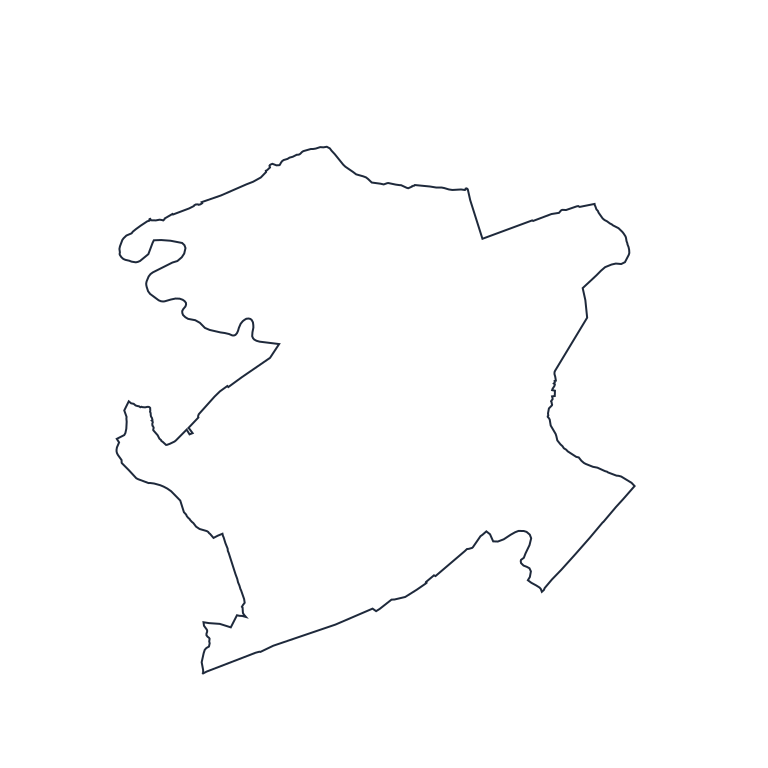 Dolhasca, Suceava, Romania, rotated 162°
{"feature_id": "2599482B12966285946055", "entity_name": "Dolhasca", "entity_type": "district", "adm_level": 2, "iso_a3": "ROU", "parent_name": "Romania", "parent_adm1": "Suceava", "projection": "equal_earth", "projection_center": [26.629, 47.417], "detail": "fine", "context": "isolated", "style": "outline", "palette": "slate", "viewbox_px": 768, "rotation_deg": 162, "n_neighbors": 0, "source": "geoboundaries", "source_scale": "gbopen_adm2", "svg_char_len": 6166}
<svg xmlns="http://www.w3.org/2000/svg" viewBox="0 0 768 768"><g transform="rotate(162 384 384)"><path d="M177.2,209.5L179.1,213.5L187.0,222.7L189.3,224.2L191.2,225.0L198.3,230.7L198.9,231.6L200.8,232.9L206.9,238.5L210.9,240.7L216.9,245.7L218.3,247.2L220.0,250.0L221.5,254.0L223.7,255.3L230.1,263.2L231.0,265.2L232.8,267.3L233.5,269.8L234.8,272.0L236.6,276.8L236.2,281.2L236.2,283.5L238.3,293.0L237.4,298.9L237.7,300.5L238.4,302.0L238.3,302.7L237.5,303.2L237.1,305.4L234.7,309.8L230.9,311.8L230.5,312.4L230.5,313.5L230.2,315.0L230.5,315.7L230.2,316.2L228.4,317.4L228.1,318.3L228.0,320.3L225.3,319.8L223.5,324.8L226.0,326.2L225.1,327.4L222.7,329.3L221.7,330.6L221.6,330.9L222.4,332.0L221.1,332.7L220.8,334.2L219.5,334.1L218.9,338.0L218.8,340.8L218.1,342.7L217.1,343.8L170.3,384.3L166.6,401.5L165.4,413.8L148.4,421.7L142.6,424.7L137.6,426.8L130.7,427.3L126.3,426.9L121.3,424.8L117.2,425.4L111.3,431.2L110.2,432.8L109.4,435.8L109.1,438.7L109.3,441.5L109.1,442.6L109.2,444.9L108.7,448.2L108.7,449.7L109.6,453.1L110.3,455.0L112.8,459.7L117.3,464.2L118.1,465.5L119.4,466.7L121.7,469.9L123.6,471.8L124.9,473.9L127.0,480.7L127.1,482.5L128.0,484.4L128.1,487.9L128.3,488.7L128.1,490.2L142.7,491.9L143.4,492.1L144.3,493.2L145.9,493.4L157.1,493.2L160.5,494.5L161.4,494.5L162.1,494.3L164.7,492.7L172.2,493.9L191.8,493.0L192.5,493.8L245.5,491.7L245.2,532.2L244.2,542.9L244.4,543.9L245.2,544.6L246.0,544.6L246.4,543.7L247.1,543.5L250.6,545.2L259.0,547.4L262.2,549.0L266.1,551.7L268.6,553.1L273.6,554.7L279.2,557.6L293.2,563.7L294.0,563.3L295.1,563.5L295.9,563.2L296.2,563.4L297.3,563.0L300.5,562.7L301.8,563.6L306.3,567.8L307.7,568.3L311.2,570.0L317.8,573.8L318.9,574.0L322.6,573.9L325.5,575.6L333.4,579.4L335.8,583.9L337.3,586.1L339.7,588.0L345.7,592.0L347.9,595.2L353.6,602.6L355.0,605.2L359.8,617.8L361.8,622.1L362.7,624.8L365.1,627.3L368.5,627.8L371.5,629.0L376.2,629.0L378.7,629.4L380.9,630.1L388.8,630.4L390.5,629.9L392.3,628.9L393.5,628.5L394.9,628.6L396.1,629.0L400.6,628.3L403.9,628.5L406.2,627.9L410.3,628.0L412.1,627.4L413.5,626.4L415.4,624.6L416.1,624.5L418.7,625.2L422.1,627.9L423.7,627.8L424.8,627.5L425.5,626.9L425.5,625.2L429.3,623.4L430.5,623.3L430.7,622.0L437.3,618.5L446.0,616.8L453.1,616.4L480.8,613.7L501.3,613.3L501.1,612.1L503.1,611.6L504.9,611.7L505.4,612.3L507.5,612.9L509.2,612.6L509.9,612.0L515.1,611.2L532.3,610.4L532.6,611.1L541.4,609.2L542.0,608.4L543.5,607.8L544.2,608.4L546.6,609.6L550.4,610.1L555.0,611.7L555.3,613.3L556.0,613.3L557.0,611.8L558.8,611.9L566.4,609.8L572.2,607.9L575.8,606.5L577.5,605.3L583.1,604.8L586.6,603.1L588.3,601.9L592.6,596.5L593.9,594.2L594.5,590.8L595.3,589.3L595.3,588.3L594.6,585.8L593.3,583.5L591.6,582.0L588.1,579.9L586.3,578.4L582.4,576.4L580.3,576.2L578.0,576.4L568.0,580.3L560.5,589.7L558.5,591.8L551.5,589.8L542.7,586.2L532.4,580.5L530.9,577.7L530.8,574.6L533.7,569.8L537.2,567.0L542.5,564.8L547.7,564.9L569.3,561.6L572.1,560.7L574.6,559.0L578.1,554.9L579.1,553.1L579.5,551.6L579.7,549.7L579.7,545.1L578.6,541.9L572.4,533.2L570.5,531.6L568.5,530.7L567.0,530.4L560.6,530.2L555.9,529.7L552.0,528.3L549.4,526.3L548.0,524.4L547.3,522.4L547.7,520.7L548.9,519.1L551.9,517.2L553.4,515.7L553.9,513.7L553.8,511.7L552.3,508.9L550.2,506.5L543.8,503.0L540.2,499.1L537.0,492.7L533.1,489.3L523.6,483.6L519.7,481.7L515.9,479.4L513.3,477.1L511.7,476.5L510.1,476.6L508.1,477.8L506.3,479.8L504.7,482.2L501.7,485.6L498.9,487.4L496.9,488.1L494.8,488.6L492.5,488.1L490.9,487.1L490.0,485.6L489.6,483.1L490.1,480.4L490.8,478.0L493.1,473.9L494.6,470.2L494.4,468.0L493.7,466.4L491.9,464.5L489.2,462.7L471.4,454.4L484.3,444.1L517.1,434.4L533.0,429.2L533.6,430.5L542.3,427.7L549.0,424.4L569.5,412.5L570.6,411.1L571.0,410.0L570.9,409.5L583.6,402.6L582.8,401.2L581.2,396.4L584.5,396.2L585.8,401.6L599.4,394.6L601.0,394.0L606.2,393.3L609.1,393.2L610.1,393.4L612.3,397.3L613.3,398.6L613.4,399.6L614.5,401.4L615.1,405.2L617.7,411.3L617.5,412.1L616.6,413.5L616.7,415.1L617.1,415.9L616.7,417.7L615.7,419.1L615.7,420.3L616.2,421.0L615.3,421.4L615.2,423.4L615.6,425.0L615.5,426.3L614.9,428.5L615.1,429.9L614.6,430.6L613.8,433.5L614.3,434.5L615.0,435.0L616.1,435.4L618.4,435.6L621.0,436.7L621.7,437.3L622.9,437.2L623.9,438.5L625.4,439.3L626.9,440.4L628.2,442.5L630.5,443.8L632.1,446.4L639.2,439.1L639.0,432.3L639.7,430.6L640.4,427.6L642.9,421.1L645.1,417.3L646.8,415.7L655.1,414.4L654.0,410.3L657.6,406.2L658.7,404.1L659.2,402.4L659.3,400.7L659.0,398.8L657.1,392.8L657.8,390.3L657.8,389.8L653.3,380.9L648.7,370.9L647.2,369.4L638.5,362.5L637.2,362.2L633.4,360.4L628.1,356.9L625.3,354.5L622.4,351.5L619.6,347.8L613.8,336.1L613.9,323.9L612.5,320.9L612.5,320.0L612.3,319.1L611.7,317.5L610.6,315.6L610.4,314.6L609.3,312.2L608.3,310.7L606.8,306.4L604.2,303.1L598.0,298.9L596.9,297.6L596.4,296.1L595.8,295.3L593.7,290.3L589.0,291.1L583.9,291.5L584.1,289.2L583.9,287.8L584.0,281.6L583.6,275.7L584.1,273.6L583.9,271.4L584.0,249.1L583.8,244.0L584.1,240.5L583.8,237.0L583.9,233.0L583.7,232.2L583.5,222.7L584.1,219.0L586.3,217.5L588.0,216.0L587.6,215.0L588.7,210.8L588.9,209.5L588.4,207.7L587.3,205.1L590.5,207.2L593.3,208.3L595.3,209.5L604.9,199.9L614.3,206.6L624.4,210.7L629.3,213.2L629.9,209.7L628.4,205.1L628.4,204.0L628.8,203.0L630.0,201.4L630.5,199.9L629.9,198.2L628.8,196.6L628.6,195.6L629.8,193.1L629.9,191.3L631.6,188.4L634.5,187.8L636.6,186.6L638.7,183.7L643.4,175.7L644.4,167.9L645.2,165.3L646.3,164.5L641.5,165.3L589.2,168.1L585.3,167.9L584.3,167.4L570.2,169.3L504.5,170.2L464.3,173.9L461.7,170.4L457.7,171.4L443.5,176.6L440.6,175.8L429.7,174.9L416.5,178.2L406.1,181.3L405.1,181.7L405.5,182.4L405.3,182.7L395.6,186.6L394.4,185.4L358.8,200.1L356.1,201.4L354.2,201.0L350.8,200.9L349.9,201.3L339.2,209.5L337.1,210.1L332.2,212.2L329.6,208.3L328.8,200.6L324.4,199.0L318.1,199.3L310.1,201.5L305.1,202.5L301.5,202.7L296.5,201.0L294.1,199.3L291.9,195.7L291.7,191.8L295.4,185.8L301.8,179.1L304.7,175.5L308.0,174.4L308.7,173.3L309.0,171.3L307.4,168.2L304.7,166.0L302.6,163.8L302.2,160.4L304.9,155.4L307.8,152.9L305.3,149.4L301.5,145.4L299.0,142.4L298.2,140.6L298.1,137.6L295.6,138.7L294.2,140.3L284.7,146.2L272.8,152.5L254.6,163.0L235.9,174.1L218.6,184.9L218.2,184.9L201.3,195.4L192.3,200.5L177.2,209.5Z" fill="none" stroke="#1e293b" stroke-width="2"/></g></svg>